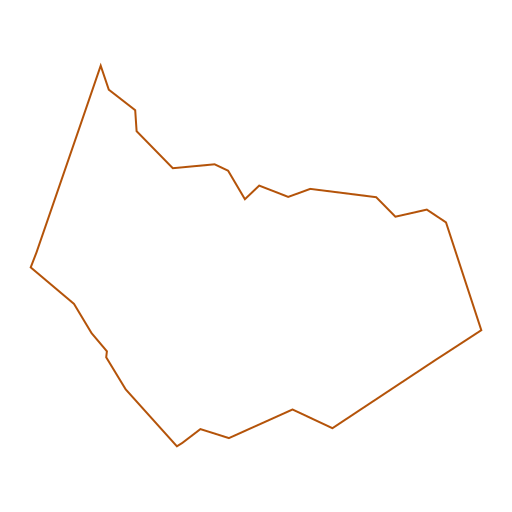 Barrow, Georgia, United States of America
{"feature_id": "52423323B78552239395021", "entity_name": "Barrow", "entity_type": "district", "adm_level": 2, "iso_a3": "USA", "parent_name": "United States of America", "parent_adm1": "Georgia", "projection": "orthographic", "projection_center": [-83.722, 34.011], "detail": "fine", "context": "isolated", "style": "outline", "palette": "amber", "viewbox_px": 512, "rotation_deg": 0, "n_neighbors": 0, "source": "geoboundaries", "source_scale": "gbopen_adm2", "svg_char_len": 516}
<svg xmlns="http://www.w3.org/2000/svg" viewBox="0 0 512 512"><path d="M332.4,428.2L435.9,359.7L441.5,356.1L481.3,330.2L446.0,222.4L426.8,209.6L395.4,216.7L376.2,197.2L310.2,188.9L288.2,196.9L259.2,185.6L244.9,199.2L228.1,170.7L214.6,164.3L172.8,168.2L136.6,131.2L135.2,110.2L108.8,89.7L100.7,65.7L79.9,126.4L36.5,252.4L30.7,267.4L74.0,303.9L91.6,333.2L106.9,351.3L106.2,357.3L125.7,389.4L176.9,446.3L182.2,443.0L200.4,429.1L228.9,438.1L292.5,409.5L332.4,428.2Z" fill="none" stroke="#b45309" stroke-width="2"/></svg>